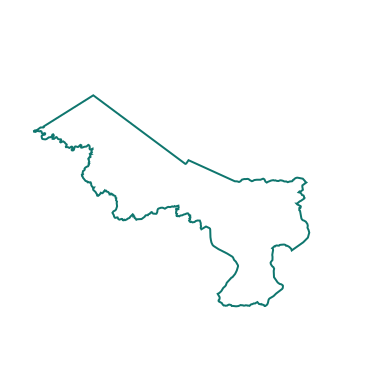 outline of Tiwintza, Morona Santiago, Ecuador, rotated 238°
{"feature_id": "8360857B5800321951611", "entity_name": "Tiwintza", "entity_type": "district", "adm_level": 2, "iso_a3": "ECU", "parent_name": "Ecuador", "parent_adm1": "Morona Santiago", "projection": "natural_earth1", "projection_center": [-77.964, -2.98], "detail": "fine", "context": "isolated", "style": "outline", "palette": "teal", "viewbox_px": 384, "rotation_deg": 238, "n_neighbors": 0, "source": "geoboundaries", "source_scale": "gbopen_adm2", "svg_char_len": 6032}
<svg xmlns="http://www.w3.org/2000/svg" viewBox="0 0 384 384"><g transform="rotate(238 192 192)"><path d="M139.5,294.0L140.7,293.5L141.5,293.6L144.6,293.0L148.3,289.0L148.7,288.1L148.9,287.0L148.8,285.6L148.5,284.9L148.6,283.8L148.1,283.0L148.1,282.5L149.1,280.5L149.6,278.4L150.9,277.6L152.1,275.8L153.4,275.0L154.6,273.8L155.2,272.9L155.5,271.2L155.7,270.8L156.8,269.5L157.6,269.0L158.2,267.8L159.0,267.2L159.8,265.1L160.4,261.7L160.4,260.4L161.9,259.8L164.4,260.1L165.6,259.4L166.1,256.6L168.0,253.6L169.1,251.2L169.2,249.2L169.5,248.4L171.7,247.2L172.8,246.9L173.6,246.2L174.5,244.4L175.3,243.2L176.0,240.9L175.4,238.9L175.6,237.2L177.1,235.9L178.4,234.0L220.8,205.9L218.9,201.5L218.7,201.5L326.3,159.5L326.2,101.0L325.6,100.9L325.5,100.6L325.5,100.2L327.0,97.8L326.7,94.0L326.9,92.6L327.5,91.4L327.5,90.3L326.9,90.0L326.0,90.9L325.7,93.4L324.3,94.7L323.9,96.0L323.0,96.4L321.7,95.9L320.9,96.2L320.2,97.2L320.0,98.2L319.5,98.5L318.9,98.1L318.7,97.5L319.5,95.3L319.3,94.4L319.0,94.0L317.5,93.4L316.6,93.2L316.0,93.5L314.4,95.4L314.0,96.7L314.2,99.5L313.5,100.9L313.4,101.9L313.6,102.8L314.6,104.0L314.5,104.8L313.8,104.9L312.9,104.6L311.9,102.3L311.0,101.9L310.2,103.0L310.5,106.0L310.1,106.3L308.0,106.5L307.1,107.2L306.2,108.7L305.7,108.7L305.2,108.3L304.6,107.0L304.3,106.7L303.6,107.0L303.3,109.5L301.6,110.3L300.2,110.4L298.7,110.9L298.1,110.4L297.3,109.0L296.8,108.9L295.8,110.5L294.4,111.3L294.3,112.0L294.4,113.7L293.9,114.3L293.4,114.4L292.6,113.9L291.7,112.4L291.3,112.2L290.7,112.4L290.3,113.2L290.4,114.2L292.2,116.2L292.5,117.0L292.3,117.5L290.6,119.1L290.5,119.8L291.0,121.5L291.0,122.5L290.2,122.9L289.6,122.5L289.1,121.6L288.3,121.6L287.8,122.6L287.4,124.7L286.5,126.6L286.9,129.0L285.9,129.5L285.2,129.4L284.0,128.9L283.1,128.1L282.3,128.0L281.6,128.9L281.4,130.6L280.9,130.3L280.8,129.4L280.0,128.3L278.8,128.2L278.5,126.2L277.6,126.6L278.0,125.5L277.1,125.5L276.1,123.9L275.5,124.4L275.4,124.3L275.7,123.1L275.2,121.7L274.6,121.5L274.4,121.8L272.9,121.0L272.0,120.9L271.4,119.8L270.7,120.0L270.5,119.4L269.8,119.1L269.8,118.5L269.1,118.0L268.9,117.5L269.2,116.3L269.2,114.4L268.8,113.3L268.2,113.2L267.7,112.6L267.5,111.9L267.5,110.7L265.8,109.0L264.9,109.1L264.7,108.7L264.9,107.7L263.7,107.2L263.0,107.4L262.0,107.1L257.8,107.6L256.7,108.6L255.6,108.6L255.3,109.6L254.4,109.9L254.0,111.1L252.8,111.0L251.2,110.2L249.8,110.1L249.3,110.3L248.3,110.2L247.7,111.3L246.9,109.7L246.1,109.4L243.1,110.2L241.1,110.1L240.1,110.3L239.7,109.8L239.1,109.7L238.5,110.3L238.6,111.6L238.9,112.7L239.7,114.3L238.6,115.0L238.5,116.1L239.3,117.7L238.9,118.2L239.5,119.0L239.2,119.1L238.6,119.9L237.7,119.8L236.3,121.0L235.1,121.0L234.5,121.4L233.6,120.8L233.2,121.3L233.5,122.3L233.3,122.8L232.7,123.1L232.2,122.9L231.6,123.6L230.9,123.5L230.1,124.3L229.1,124.8L227.4,124.1L226.9,124.5L225.2,123.2L223.6,123.3L222.6,122.3L219.6,120.9L217.5,118.4L217.1,117.3L217.2,115.1L216.5,113.5L213.7,113.4L212.8,113.0L211.2,112.9L210.5,113.6L210.2,114.9L209.9,115.4L208.2,115.2L207.1,115.7L206.4,118.2L206.1,118.5L204.8,118.4L204.2,119.1L204.4,119.9L203.6,120.4L203.3,122.1L203.5,123.3L203.3,124.0L203.2,125.5L203.7,126.4L204.5,129.9L203.5,130.1L202.4,129.2L201.9,130.1L200.4,129.6L199.9,129.7L199.6,130.1L198.0,130.1L197.9,131.1L195.8,134.9L196.1,138.8L196.7,140.0L196.7,140.6L195.7,142.3L196.2,143.1L195.9,144.5L196.4,145.9L196.4,147.0L195.8,147.4L195.0,147.2L194.2,147.7L192.5,150.0L192.5,150.6L193.6,152.1L194.9,153.1L195.6,154.1L195.7,154.7L195.1,157.3L194.2,158.8L192.2,160.2L192.2,162.6L192.0,163.9L190.7,165.6L190.3,167.6L189.6,168.1L189.3,168.6L189.3,169.7L188.6,169.9L187.6,173.2L185.8,172.4L185.5,171.5L184.7,171.3L184.8,170.7L186.1,169.9L186.0,169.4L184.2,168.8L183.5,167.9L182.2,167.2L181.4,167.7L180.3,166.4L179.7,166.3L179.1,167.0L178.9,167.7L178.1,168.3L178.2,169.7L177.4,171.4L177.3,173.0L176.7,174.8L176.7,175.8L176.1,177.2L175.0,177.4L174.3,177.2L174.0,177.6L173.4,177.4L173.0,178.0L172.2,177.6L172.0,177.0L171.4,177.1L171.0,177.0L170.7,175.7L170.1,175.9L169.6,175.7L169.3,174.4L168.1,174.4L167.3,174.8L167.1,175.7L166.0,176.3L165.2,178.2L165.4,179.8L164.9,181.6L163.6,183.5L160.9,182.9L159.7,182.1L158.1,181.5L157.0,180.3L155.4,180.2L155.3,185.6L152.2,187.6L151.3,187.8L150.4,187.5L143.9,183.7L141.1,182.5L138.8,181.7L136.1,181.4L134.8,181.7L129.5,184.2L121.2,189.2L115.8,191.9L114.7,192.1L112.1,191.7L109.7,192.3L105.4,192.1L104.6,191.7L101.7,188.4L99.7,185.2L98.3,181.1L98.5,180.2L96.6,173.4L94.9,171.2L94.5,170.1L94.1,167.7L92.4,164.3L91.9,161.8L92.0,159.8L88.4,159.7L87.8,159.5L86.7,158.7L86.1,157.2L85.5,156.8L84.9,156.8L84.5,157.3L84.0,157.3L82.1,158.4L80.2,158.4L78.9,158.8L78.6,159.5L77.8,160.1L77.0,161.8L77.1,162.4L76.9,163.8L75.5,165.2L74.3,165.3L73.7,166.3L71.7,168.8L70.7,170.9L70.3,173.5L69.7,174.0L69.0,175.1L68.5,175.3L67.7,176.5L67.5,177.5L66.5,178.8L65.9,179.2L65.5,180.2L65.0,180.5L65.4,182.7L64.9,183.8L64.8,185.2L64.0,186.6L64.1,187.4L64.0,189.1L61.5,189.5L60.6,190.5L60.4,191.2L59.8,191.2L59.5,191.9L58.8,192.3L58.2,193.0L56.9,193.1L56.5,193.7L56.6,195.5L57.0,196.6L57.9,197.8L59.7,199.5L60.3,200.3L60.6,201.3L60.5,206.0L61.3,209.5L62.0,217.1L62.5,218.1L64.2,219.4L65.1,219.4L66.4,218.8L67.6,217.6L69.9,216.7L76.3,216.4L81.8,219.5L83.4,221.0L85.2,221.2L86.0,220.8L87.4,220.6L89.3,220.7L90.4,221.2L90.9,222.0L91.7,224.2L94.3,225.9L96.1,226.7L99.8,230.0L101.0,230.5L101.8,230.2L102.3,233.2L101.9,233.5L102.1,234.1L101.9,235.3L100.4,237.3L100.6,238.3L100.3,239.1L98.7,242.2L97.5,243.3L96.5,243.3L95.9,244.3L93.8,245.4L91.2,246.0L89.6,245.6L90.4,259.7L91.9,266.1L95.4,269.9L98.0,270.7L100.5,271.0L102.0,272.3L103.7,272.9L106.5,272.8L108.3,271.9L109.4,271.0L110.6,270.7L111.7,270.8L118.7,273.6L119.6,273.3L120.2,273.6L120.6,274.1L121.5,274.4L121.6,274.9L121.1,275.5L121.7,276.3L122.1,276.6L122.5,276.6L125.7,274.7L126.8,274.5L126.5,275.0L127.0,278.4L126.8,279.5L127.0,283.7L127.3,284.3L128.1,284.2L128.9,284.6L130.0,284.7L131.2,283.7L133.0,283.8L134.2,283.3L135.2,282.3L135.5,283.4L134.8,283.7L135.1,287.2L137.9,288.3L139.1,289.1L139.5,294.0Z" fill="none" stroke="#0f766e" stroke-width="2"/></g></svg>